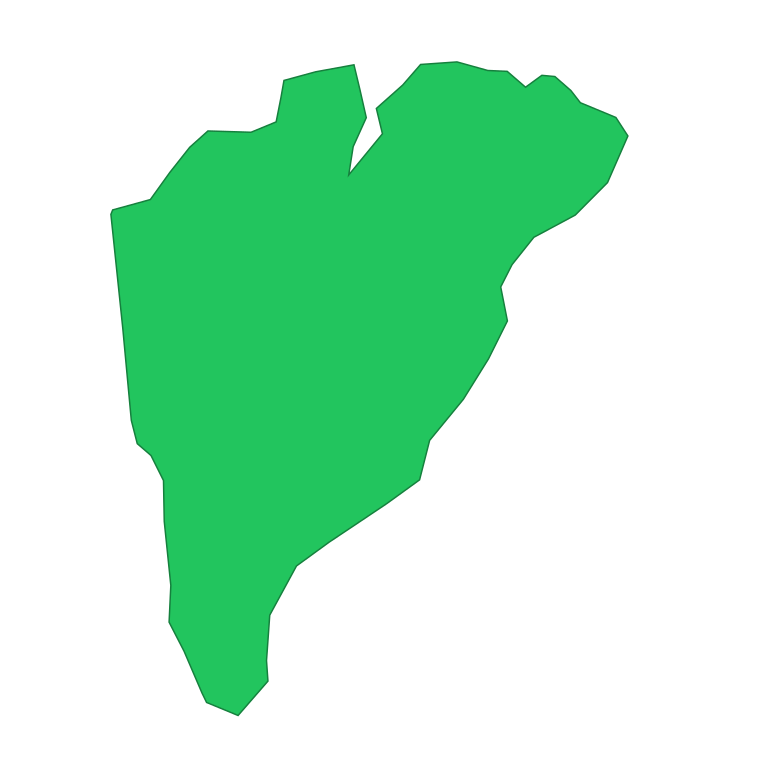 Nam-gu [South District], Ulsan, South Korea (Mercator projection), rotated 266°
{"feature_id": "91817680B65451529480853", "entity_name": "Nam-gu [South District]", "entity_type": "district", "adm_level": 2, "iso_a3": "KOR", "parent_name": "South Korea", "parent_adm1": "Ulsan", "projection": "mercator", "projection_center": [129.334, 35.502], "detail": "fine", "context": "isolated", "style": "filled", "palette": "green", "viewbox_px": 768, "rotation_deg": 266, "n_neighbors": 0, "source": "geoboundaries", "source_scale": "gbopen_adm2", "svg_char_len": 911}
<svg xmlns="http://www.w3.org/2000/svg" viewBox="0 0 768 768"><g transform="rotate(266 384 384)"><path d="M572.3,123.4L457.7,127.3L365.4,129.4L341.7,133.7L328.9,146.6L303.1,157.3L262.3,155.2L197.9,157.3L161.4,153.0L131.4,165.9L88.4,180.9L78.7,184.8L63.5,215.3L95.7,247.5L116.3,247.5L161.4,253.9L208.6,284.0L230.1,318.3L247.8,349.3L248.0,349.4L248.1,349.8L264.5,378.4L285.9,412.8L324.6,425.6L363.2,462.1L401.8,490.0L438.3,511.5L472.7,507.2L494.2,520.1L519.9,543.7L539.2,586.6L569.3,621.0L614.4,644.6L633.7,633.9L650.9,599.5L663.7,590.9L678.8,575.9L680.9,563.0L670.2,545.9L687.3,528.7L689.5,509.4L700.2,479.3L700.2,442.8L680.9,423.5L659.4,395.6L633.7,399.9L595.0,363.4L622.9,369.8L650.9,384.9L678.8,380.6L704.5,376.3L700.2,337.6L693.8,305.4L676.6,301.1L653.0,294.7L644.4,268.9L648.7,226.0L633.7,206.7L610.1,185.2L584.3,163.8L576.6,125.5L572.3,123.4Z" fill="#22c55e" stroke="#15803d" stroke-width="1.5"/></g></svg>